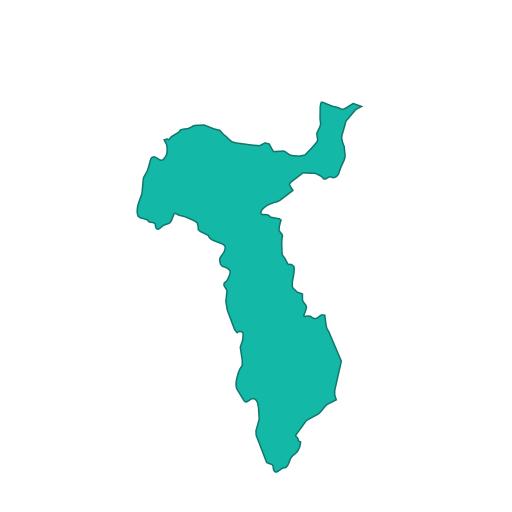 outline of San José, rotated 28°
{"feature_id": "CRI-1331", "entity_name": "San José", "entity_type": "Province", "adm_level": 1, "iso_a3": "CRI", "parent_name": "Costa Rica", "parent_adm1": "", "projection": "equal_earth", "projection_center": [-83.994, 9.633], "detail": "fine", "context": "isolated", "style": "filled", "palette": "teal", "viewbox_px": 512, "rotation_deg": 28, "n_neighbors": 0, "source": "natural_earth", "source_scale": "10m", "svg_char_len": 5040}
<svg xmlns="http://www.w3.org/2000/svg" viewBox="0 0 512 512"><g transform="rotate(28 256 256)"><path d="M238.4,150.9L240.9,150.3L247.2,147.6L251.8,143.9L254.8,133.3L256.2,127.0L256.0,124.6L255.2,123.5L254.1,122.1L252.1,119.3L251.7,111.6L251.1,109.1L248.0,104.6L242.5,93.8L241.7,91.2L241.5,89.6L242.7,89.0L253.2,87.9L257.8,86.6L263.0,86.1L264.2,85.5L265.6,83.6L270.2,75.7L279.0,74.4L276.9,77.3L275.3,80.1L272.1,94.5L275.4,109.7L276.0,111.0L276.9,112.5L279.0,114.9L281.0,116.8L282.1,117.6L282.5,118.0L287.3,125.2L288.2,127.0L288.8,129.8L289.3,138.1L290.4,145.2L289.8,147.8L289.1,149.1L288.2,150.1L286.9,150.8L284.0,151.2L281.0,155.6L280.2,155.9L279.4,156.2L278.7,155.9L278.1,155.5L275.9,155.0L269.6,155.1L269.4,155.3L258.5,160.5L252.2,174.3L251.8,176.9L252.2,177.3L253.1,178.1L257.8,180.8L251.0,195.6L249.2,198.2L246.3,200.8L242.1,205.9L240.5,209.4L239.8,211.4L239.6,212.8L239.6,213.8L239.7,214.7L240.0,215.5L240.3,216.1L240.9,216.5L241.5,216.5L242.2,216.4L245.1,214.9L247.0,214.2L247.7,214.2L249.2,214.4L250.5,214.9L259.3,212.2L261.3,212.6L261.8,215.6L262.3,217.2L262.7,218.8L264.3,222.7L268.9,224.7L270.2,226.2L270.3,227.0L270.4,227.6L272.5,232.3L277.8,241.5L279.1,243.0L279.8,243.2L282.7,244.6L287.5,247.9L288.7,248.2L289.3,248.0L289.8,247.6L290.5,247.1L291.5,246.9L293.4,247.2L294.4,247.6L295.1,248.3L295.5,248.9L297.3,252.8L298.9,257.4L299.1,258.2L299.5,259.7L300.5,262.2L301.7,264.7L302.5,265.9L303.3,266.7L303.9,267.0L309.1,268.5L310.3,268.4L314.8,267.7L317.5,272.7L318.1,273.4L319.3,274.3L322.9,276.0L324.0,276.8L324.7,277.6L324.9,278.4L325.6,281.8L326.1,286.1L326.5,286.6L327.0,286.6L330.3,284.5L331.5,283.9L332.2,283.7L335.0,284.0L335.8,284.0L336.5,283.9L337.2,283.7L337.8,283.3L338.3,283.0L338.7,282.5L339.2,282.0L339.5,281.4L340.7,278.6L341.7,277.1L344.5,276.0L350.6,284.5L352.6,286.7L355.0,288.2L355.6,288.5L380.7,308.8L388.6,337.7L390.6,341.5L391.5,342.5L394.4,345.3L389.2,352.6L388.5,353.8L387.8,355.5L386.2,363.3L385.6,365.1L385.1,366.4L378.6,376.2L377.8,377.7L377.6,378.5L375.3,394.7L375.3,395.6L375.6,396.2L376.1,396.6L378.2,397.2L378.8,397.5L379.2,398.1L379.6,398.6L380.0,399.1L380.6,399.4L381.2,399.4L381.8,399.2L382.4,399.2L382.9,399.6L383.1,400.3L383.3,401.2L383.6,401.8L384.0,403.1L384.3,404.9L384.4,408.7L384.0,410.7L382.1,415.2L381.8,416.8L381.6,418.2L382.3,425.6L382.1,427.2L381.8,428.4L381.4,429.0L380.9,429.4L380.3,429.7L379.6,430.4L378.7,431.5L376.2,436.3L375.7,436.9L375.2,437.3L374.7,437.5L374.1,437.6L373.4,437.4L372.8,437.1L371.7,436.3L371.3,435.8L370.2,434.1L369.2,433.1L368.6,432.8L367.8,432.7L367.2,432.7L365.2,433.1L362.6,433.3L362.0,433.0L340.4,414.3L338.8,411.7L338.1,410.5L337.9,409.8L336.1,401.5L335.9,400.7L335.9,399.9L335.0,397.9L329.6,389.0L326.3,384.8L324.0,383.3L323.3,383.1L322.6,382.9L322.0,382.9L321.2,383.1L320.5,383.3L319.9,383.6L319.4,384.0L318.9,384.5L316.8,388.4L316.4,389.0L316.0,389.4L315.4,389.7L314.7,389.8L313.0,389.2L301.1,382.1L299.5,380.1L298.6,378.7L298.0,377.4L296.8,374.3L295.3,367.9L294.9,364.4L294.9,362.4L295.2,359.3L294.3,357.2L292.7,354.4L285.0,344.0L284.8,343.2L283.8,337.0L283.4,335.8L281.7,331.7L280.9,330.5L280.2,329.8L279.5,329.7L278.8,329.7L278.1,329.8L277.5,330.1L277.0,330.4L276.4,330.8L276.0,331.3L275.6,331.9L275.3,332.6L271.6,331.0L256.0,317.2L250.6,310.1L246.7,300.2L241.5,297.0L240.6,295.0L241.1,293.5L241.8,292.0L241.9,290.6L241.9,288.7L241.5,284.7L241.0,282.9L240.4,281.8L239.9,281.3L238.6,280.7L236.5,280.3L233.4,280.4L231.2,280.9L230.1,280.6L228.3,279.7L226.5,277.5L225.6,276.2L225.2,275.0L225.2,274.0L225.3,272.0L225.8,269.3L225.9,268.0L225.8,266.5L225.3,264.0L224.6,262.6L223.8,261.7L223.2,261.5L221.1,261.1L210.5,262.4L206.9,262.0L203.8,260.2L195.3,260.5L192.8,259.9L192.4,259.4L190.8,256.7L189.9,255.9L188.6,254.3L185.1,253.9L174.9,254.6L168.7,256.2L165.9,256.1L164.5,256.5L164.0,257.0L163.9,257.8L164.7,264.2L164.6,266.1L164.4,266.9L163.9,267.9L163.0,269.0L160.3,271.9L159.7,272.7L159.4,273.4L157.9,277.2L157.3,278.0L156.5,278.5L155.9,278.6L155.2,278.5L154.6,278.2L154.1,277.8L153.6,277.3L152.5,275.6L152.0,275.1L151.4,274.8L150.7,274.7L149.9,274.7L146.2,276.0L145.3,276.0L144.7,275.9L143.0,275.0L135.6,276.6L133.2,276.2L132.4,275.5L130.7,273.4L129.3,270.7L128.2,267.7L127.6,265.3L126.0,254.7L125.8,253.9L120.6,241.6L120.0,239.7L119.9,238.7L120.1,232.5L119.5,228.6L117.7,220.5L117.6,219.7L117.7,218.8L117.8,218.1L118.2,217.4L118.6,216.9L119.2,216.5L119.9,216.2L121.3,216.0L125.8,216.3L126.6,216.2L127.2,216.0L127.8,215.7L128.3,215.2L128.8,214.4L129.1,213.2L129.5,210.5L129.4,208.7L129.2,207.5L128.0,204.6L126.6,202.0L126.2,201.4L125.3,200.3L124.4,199.3L122.7,198.1L120.4,196.7L122.5,194.4L124.3,194.3L124.7,193.7L125.0,191.3L125.4,190.1L129.8,182.8L129.9,181.8L129.8,180.9L130.5,179.8L132.1,178.3L136.2,175.4L138.9,171.8L139.3,171.0L139.5,170.5L141.4,169.0L148.7,164.7L159.3,163.5L165.1,162.0L169.8,163.8L174.5,164.8L175.4,165.2L176.5,165.5L179.4,166.0L180.6,166.5L184.9,165.7L200.8,159.8L207.4,156.9L210.9,151.9L215.1,150.9L219.7,154.0L222.5,155.6L231.2,150.3L232.3,150.2L238.4,150.9Z" fill="#14b8a6" stroke="#0f766e" stroke-width="1.5"/></g></svg>